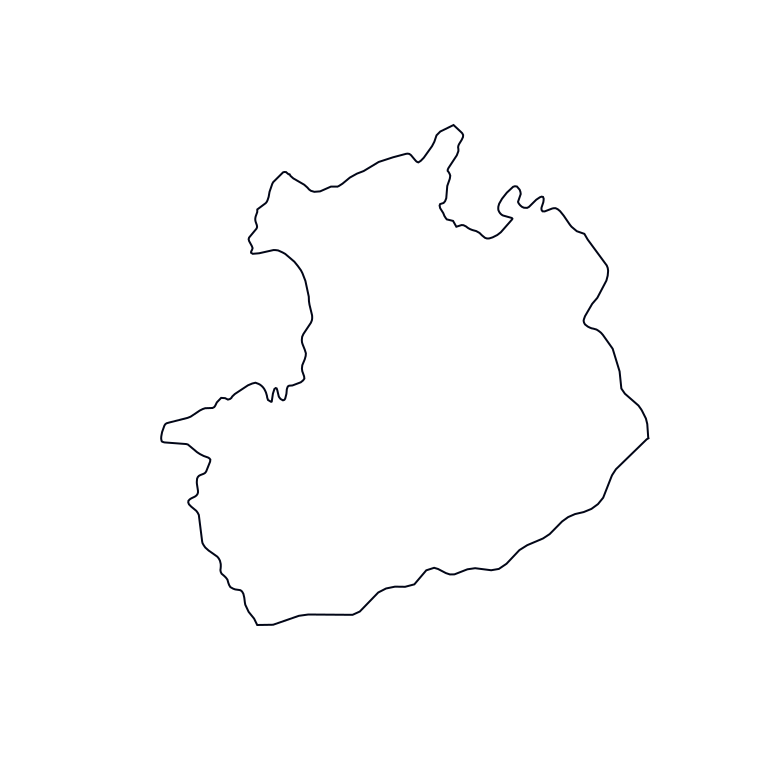 the border of Karachay-Cherkess, rotated 321°
{"feature_id": "RUS-2280", "entity_name": "Karachay-Cherkess", "entity_type": "Republic", "adm_level": 1, "iso_a3": "RUS", "parent_name": "Russia", "parent_adm1": "", "projection": "orthographic", "projection_center": [41.758, 43.838], "detail": "fine", "context": "isolated", "style": "outline", "palette": "ink", "viewbox_px": 768, "rotation_deg": 321, "n_neighbors": 0, "source": "natural_earth", "source_scale": "10m", "svg_char_len": 4882}
<svg xmlns="http://www.w3.org/2000/svg" viewBox="0 0 768 768"><g transform="rotate(321 384 384)"><path d="M222.0,545.6L214.3,543.6L180.1,515.5L172.0,510.6L146.3,501.3L133.8,491.5L135.4,484.6L135.4,475.9L137.3,468.2L138.4,466.2L140.9,462.2L142.7,458.5L143.1,455.9L142.7,454.0L141.6,452.7L139.1,450.0L138.0,448.2L136.8,445.2L137.1,442.9L137.9,440.5L139.2,437.5L139.3,434.9L139.0,432.4L138.4,429.2L138.9,427.2L139.8,425.6L141.0,424.5L142.4,423.0L143.8,421.2L145.3,418.1L145.8,415.6L145.8,413.3L142.9,403.0L142.2,398.6L142.4,395.9L142.8,393.5L143.6,391.9L157.7,369.2L158.2,366.7L158.3,364.4L157.0,358.0L156.7,354.8L157.3,352.9L158.5,351.7L160.4,351.4L162.3,351.6L166.1,352.5L168.1,352.6L169.9,352.1L171.2,351.2L172.3,349.8L175.8,343.8L176.8,342.4L179.1,340.0L180.6,339.2L182.3,338.9L184.0,339.2L187.4,340.3L189.0,340.5L190.7,340.1L200.0,334.9L201.5,333.4L201.5,331.9L201.0,330.4L198.6,326.5L196.9,322.7L195.8,319.3L193.5,307.6L192.5,306.2L176.7,291.3L175.8,290.1L175.2,288.8L175.7,287.5L176.6,286.0L178.0,284.5L181.3,281.7L187.2,278.1L188.8,277.6L190.3,277.7L192.9,278.8L210.0,286.7L213.2,287.7L224.2,288.7L227.4,289.4L229.8,290.3L235.6,294.7L237.5,295.1L239.1,294.7L242.5,293.1L248.7,292.3L251.6,295.0L252.9,297.9L254.8,298.7L256.5,298.8L258.2,298.2L261.7,297.9L277.4,299.4L281.9,300.7L284.9,302.1L286.6,305.0L287.3,306.7L287.7,308.5L287.9,310.5L287.8,312.5L287.4,314.5L286.9,316.4L285.5,319.7L284.7,321.0L283.8,323.4L285.0,326.7L285.2,326.9L285.7,327.0L291.6,321.6L295.7,318.9L297.3,319.0L297.8,319.9L297.2,321.6L294.4,327.4L294.3,327.8L294.2,328.9L294.2,330.6L295.2,333.1L296.6,333.6L298.0,333.2L302.0,330.2L305.1,327.0L306.1,326.3L307.7,325.4L309.2,325.6L311.9,327.5L320.4,330.3L323.4,330.3L325.5,329.7L326.2,328.6L326.7,327.8L327.9,324.5L328.5,322.7L329.9,320.4L332.3,318.0L338.0,314.9L340.8,312.9L342.6,311.0L344.0,307.5L345.7,302.0L346.5,300.0L347.8,298.1L350.1,295.8L352.9,294.4L365.7,290.4L367.9,289.2L369.2,288.1L370.3,286.8L371.3,285.4L376.0,275.5L377.8,272.4L380.5,268.8L387.8,254.4L390.3,246.7L391.0,243.4L391.3,238.1L391.3,232.6L389.1,220.7L388.0,218.0L385.8,213.6L384.1,211.8L382.5,210.4L369.2,203.8L363.9,200.2L363.3,198.3L364.2,197.4L365.9,196.7L367.4,195.7L368.1,193.6L369.1,188.1L369.9,186.3L371.3,185.3L382.8,183.0L384.2,182.1L385.1,180.6L386.4,177.0L387.2,175.5L388.3,174.2L389.6,173.1L393.7,170.6L395.4,168.6L405.9,169.0L407.7,168.6L409.3,167.8L412.1,166.0L416.0,162.6L423.2,158.1L424.9,157.4L438.8,156.0L439.9,156.5L441.2,157.6L441.8,160.9L442.6,161.6L442.3,163.5L442.9,167.1L447.4,178.9L448.1,183.1L448.2,185.7L448.8,187.9L450.8,190.8L455.6,194.1L467.0,197.2L472.0,201.3L473.4,201.7L477.8,202.2L487.4,202.1L495.4,203.5L502.2,205.7L519.6,208.1L533.7,213.5L546.0,219.0L547.4,219.9L548.5,221.2L549.0,223.1L549.1,229.4L549.2,231.2L549.6,232.5L550.2,233.4L553.0,233.7L557.3,233.2L571.0,229.4L575.6,227.4L581.3,223.8L586.6,223.2L601.0,226.5L602.4,236.4L602.6,238.4L602.2,240.3L600.8,241.8L597.9,243.2L593.1,244.9L591.8,245.6L590.6,246.6L589.6,248.3L588.4,249.8L584.5,252.1L570.1,256.7L568.6,257.4L567.6,258.4L567.6,259.9L567.3,261.8L566.6,263.8L564.3,265.9L557.8,269.9L549.3,278.8L546.5,280.4L544.2,280.8L540.9,279.5L539.5,280.3L538.3,282.7L537.6,288.5L536.7,291.4L536.4,294.0L536.4,295.6L540.3,300.7L539.2,307.3L544.3,309.3L545.7,310.6L546.9,313.2L547.4,315.4L548.3,317.7L549.6,320.0L551.9,323.2L553.3,326.7L553.7,330.3L554.5,334.0L555.6,335.7L557.4,337.1L560.7,338.4L565.8,339.5L570.3,339.6L587.1,336.7L587.8,336.4L587.9,335.8L587.6,335.1L582.5,327.9L582.2,327.1L582.0,326.6L581.8,325.6L581.7,324.1L581.9,322.4L582.4,320.7L583.4,319.3L584.5,318.1L586.9,316.4L592.3,314.3L599.9,312.6L608.4,312.0L610.2,312.7L611.6,314.2L611.7,318.4L610.9,320.6L609.8,322.4L602.9,326.7L602.7,327.0L602.5,327.5L602.3,329.0L602.3,330.9L602.7,333.1L603.7,335.1L606.1,337.2L608.1,337.6L618.3,336.6L622.7,337.0L624.4,337.6L625.3,338.7L624.7,340.5L623.5,341.8L622.2,343.0L617.5,346.0L616.5,347.0L615.9,348.2L615.9,349.6L617.5,351.0L625.2,353.5L626.7,354.3L628.0,355.4L629.0,357.5L629.6,360.5L629.6,366.2L628.7,377.1L628.7,379.8L630.0,386.6L634.2,393.4L633.2,399.9L631.7,432.1L630.9,434.6L629.4,437.1L626.0,440.6L621.9,443.6L604.0,451.3L596.3,452.7L582.9,457.8L580.1,459.5L578.9,460.5L578.1,462.1L577.7,464.2L578.5,467.6L579.4,469.6L580.4,471.4L581.5,472.7L583.4,475.4L584.0,477.1L584.5,478.9L584.9,480.8L585.0,483.6L583.9,500.5L575.0,522.5L565.6,536.9L565.1,543.1L568.2,560.9L567.9,565.7L567.6,567.5L565.8,575.7L563.4,580.8L555.7,591.8L555.4,592.6L553.3,592.3L510.6,596.2L504.1,598.3L502.7,599.0L482.8,610.3L474.7,612.0L466.6,611.6L458.6,609.2L450.6,605.3L443.3,603.3L435.9,602.9L418.3,604.9L410.3,604.1L393.9,599.4L384.7,598.3L366.1,600.8L356.9,600.0L350.1,596.2L338.9,584.5L332.2,580.5L319.0,576.3L315.4,573.5L313.1,569.9L309.6,561.8L307.3,558.4L299.6,555.4L281.5,558.8L272.8,554.9L265.0,548.4L256.9,544.2L248.3,542.4L222.0,545.6Z" fill="none" stroke="#020617" stroke-width="2"/></g></svg>